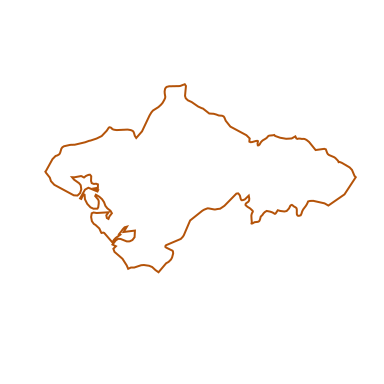 the Province of Las Tunas, rotated 206°
{"feature_id": "CUB-1368", "entity_name": "Las Tunas", "entity_type": "Province", "adm_level": 1, "iso_a3": "CUB", "parent_name": "Cuba", "parent_adm1": "", "projection": "equal_earth", "projection_center": [-77.037, 21.068], "detail": "fine", "context": "isolated", "style": "outline", "palette": "amber", "viewbox_px": 384, "rotation_deg": 206, "n_neighbors": 0, "source": "natural_earth", "source_scale": "10m", "svg_char_len": 4219}
<svg xmlns="http://www.w3.org/2000/svg" viewBox="0 0 384 384"><g transform="rotate(206 192 192)"><path d="M215.7,95.0L218.5,97.4L225.2,101.5L235.4,104.2L237.8,106.5L236.6,109.9L240.4,109.9L239.3,115.1L237.8,117.6L235.6,118.5L229.0,119.0L226.4,120.3L224.5,122.7L223.8,126.2L226.4,132.3L235.9,126.1L235.3,132.3L237.1,130.7L237.9,128.1L238.4,125.1L239.1,122.1L237.8,122.1L240.4,117.3L241.2,114.8L241.5,111.8L252.9,116.7L254.0,116.6L255.4,115.5L256.2,116.0L259.3,118.6L264.3,120.1L266.3,120.3L269.2,121.9L271.7,125.3L272.8,128.9L271.5,130.4L268.5,131.3L258.1,137.2L258.8,133.5L257.1,131.3L255.3,131.2L255.5,133.8L254.7,137.8L257.1,139.4L260.9,140.2L263.8,141.6L266.6,144.3L269.7,146.1L273.2,147.1L277.2,147.4L277.2,145.9L273.1,144.1L271.9,143.0L270.8,140.8L269.6,137.2L269.7,135.6L273.2,133.8L276.5,133.7L280.9,135.4L285.0,138.5L287.4,142.5L288.6,142.5L288.5,137.2L289.8,137.2L289.2,147.2L287.0,150.4L277.2,151.0L277.2,152.7L281.0,152.7L279.2,154.0L278.4,154.4L279.9,157.6L281.8,157.4L283.8,156.2L286.0,156.0L287.6,157.7L289.5,162.0L291.2,162.8L292.2,162.3L293.4,161.1L294.5,159.7L295.0,158.5L295.4,157.7L296.5,157.7L297.7,157.8L298.7,157.7L304.1,153.7L306.3,152.7L303.4,151.4L297.3,150.4L295.0,149.3L292.7,145.9L292.1,142.0L293.4,138.6L296.8,137.2L318.9,138.1L323.5,139.9L326.1,142.6L332.1,145.5L332.7,146.1L332.5,146.4L331.8,160.4L330.4,164.6L329.5,165.4L328.8,166.2L327.8,167.8L327.7,169.4L328.4,173.8L328.1,175.4L327.1,177.0L322.1,181.0L318.1,183.1L309.9,189.8L306.9,192.9L305.8,193.7L301.2,198.2L297.7,202.7L295.5,209.7L295.0,213.4L294.4,214.1L293.1,214.3L292.2,214.1L291.1,213.6L289.4,213.8L286.9,214.6L277.2,219.9L274.2,220.8L272.9,220.9L271.7,220.8L270.9,220.4L269.9,219.5L268.0,217.4L265.8,216.1L263.5,224.6L263.7,242.2L263.4,245.7L262.8,248.1L259.4,253.6L258.1,256.9L257.5,259.2L257.3,262.4L257.3,264.4L257.7,265.8L259.7,268.6L260.7,270.4L261.4,272.8L261.3,274.3L260.8,275.4L258.9,277.0L257.1,277.9L249.7,281.7L248.9,282.3L245.8,285.7L243.9,284.6L240.4,275.3L238.7,273.5L235.9,272.6L231.7,272.7L223.9,271.5L220.1,271.6L218.7,271.8L210.9,270.1L206.8,271.8L204.0,272.3L201.5,272.5L198.5,273.7L196.8,273.8L195.6,273.2L192.9,270.8L186.2,267.6L168.0,266.9L163.6,265.4L163.2,264.0L162.5,262.4L161.3,262.4L159.9,263.2L157.0,265.8L155.8,266.6L155.0,266.6L154.3,264.2L153.3,262.8L152.6,263.1L152.1,264.2L151.9,266.9L151.5,268.3L151.0,269.5L149.2,272.2L148.5,273.6L148.1,275.2L147.9,275.8L147.5,276.3L146.7,276.9L143.9,278.6L143.1,279.3L141.9,278.8L136.6,279.4L130.7,281.1L125.9,283.8L123.5,287.3L121.7,285.9L120.6,285.9L119.7,286.7L118.4,287.3L116.4,287.9L115.2,288.6L114.0,289.0L111.9,289.0L108.7,288.3L99.3,283.9L92.0,288.8L90.4,289.0L87.7,286.4L86.5,285.6L85.1,285.3L79.6,285.6L78.1,285.4L74.5,284.1L73.3,283.1L72.6,283.7L70.2,283.9L61.1,283.2L57.9,282.0L53.0,277.7L51.3,277.1L53.9,256.7L63.5,239.6L67.9,239.9L79.2,237.2L82.0,235.7L83.5,234.4L83.4,233.0L83.4,231.2L83.6,229.3L84.4,225.3L84.5,223.8L84.4,222.2L84.1,220.6L84.1,218.7L85.5,217.4L86.7,217.1L87.8,217.7L88.8,219.4L89.5,221.0L90.4,222.6L91.1,223.3L92.2,223.6L94.3,223.7L95.2,224.0L96.6,224.2L97.2,223.6L97.6,222.8L97.6,219.7L98.6,216.4L100.4,215.0L104.2,213.7L106.9,213.2L107.4,209.5L107.9,208.7L108.4,208.7L110.7,208.9L113.2,208.6L116.6,207.7L117.8,205.8L118.4,204.0L118.6,202.3L119.4,200.1L119.4,199.8L119.0,197.9L118.8,196.8L118.8,195.4L119.2,194.6L119.8,194.0L122.5,192.3L123.8,190.4L124.4,189.8L124.7,189.8L124.8,190.3L125.0,190.9L125.3,191.6L126.1,192.9L126.6,193.7L128.3,196.8L128.6,197.9L128.8,199.1L128.7,200.5L128.8,201.2L129.3,201.7L132.5,202.7L135.6,203.0L137.2,203.4L138.1,203.7L138.5,204.4L138.5,205.0L138.4,205.6L137.1,208.0L137.0,208.7L137.0,209.5L137.6,211.1L139.4,213.6L141.3,208.4L142.6,207.1L143.7,206.4L144.5,206.6L145.4,207.4L147.3,209.7L148.4,210.4L149.9,211.0L151.4,210.0L156.8,193.8L159.4,189.3L161.6,187.9L163.3,186.6L164.2,186.1L169.7,184.6L170.9,184.1L173.3,181.5L174.5,179.7L181.2,165.6L180.4,149.6L180.6,147.8L181.5,144.9L192.0,132.8L192.2,131.9L191.9,131.0L190.8,130.7L183.7,130.7L182.9,130.0L182.0,128.5L181.2,124.4L181.3,122.1L182.4,118.9L184.0,116.6L186.9,105.2L190.6,105.8L194.9,107.1L198.2,106.9L203.2,105.3L205.6,103.9L210.8,98.8L213.8,97.3L215.3,95.5L215.7,95.0Z" fill="none" stroke="#b45309" stroke-width="2"/></g></svg>